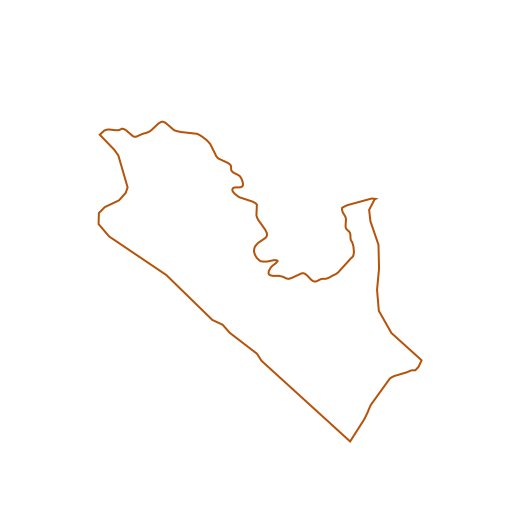 an SVG outline of Haifa, rotated 301°
{"feature_id": "ISR-3054", "entity_name": "Haifa", "entity_type": "District", "adm_level": 1, "iso_a3": "ISR", "parent_name": "Israel", "parent_adm1": "", "projection": "robinson", "projection_center": [35.08, 32.637], "detail": "fine", "context": "isolated", "style": "outline", "palette": "amber", "viewbox_px": 512, "rotation_deg": 301, "n_neighbors": 0, "source": "natural_earth", "source_scale": "10m", "svg_char_len": 2629}
<svg xmlns="http://www.w3.org/2000/svg" viewBox="0 0 512 512"><g transform="rotate(301 256 256)"><path d="M366.5,329.1L365.4,328.5L353.8,329.2L344.8,336.1L328.7,355.2L308.7,367.9L289.3,377.2L272.3,389.5L259.7,411.8L251.9,451.6L251.6,451.7L244.6,452.4L240.1,451.4L239.4,450.3L238.7,449.2L237.9,448.0L236.6,447.0L234.5,445.6L224.3,436.3L221.6,434.6L219.5,433.8L187.4,431.1L181.2,431.9L179.8,432.2L172.4,432.9L145.8,432.2L145.5,432.2L149.0,414.7L169.0,314.7L172.7,307.3L176.6,273.1L179.9,262.8L178.7,251.5L193.5,188.9L197.1,120.1L202.3,104.6L211.9,99.2L220.0,101.2L233.1,109.9L243.0,111.8L248.7,110.6L271.3,86.2L274.1,79.7L279.5,59.6L280.9,60.0L285.5,61.4L287.2,62.8L288.8,64.9L291.1,70.1L292.4,72.4L293.5,73.9L296.1,75.5L296.7,77.1L296.9,79.4L295.3,88.9L295.6,90.4L296.6,91.9L301.9,95.6L303.7,97.2L304.6,98.2L306.6,99.8L307.6,100.5L310.0,101.5L319.5,104.2L321.8,105.5L322.8,106.3L323.4,108.0L323.5,110.4L321.8,119.9L321.7,121.5L322.4,124.3L323.7,128.0L330.4,142.6L330.6,144.8L330.6,147.9L329.9,154.1L329.1,157.0L328.4,159.1L322.0,169.2L321.9,169.2L321.3,170.1L320.4,172.3L320.2,173.7L321.3,184.5L321.0,186.9L320.1,188.4L316.9,190.4L316.2,191.9L315.8,193.9L316.2,197.8L316.2,199.5L316.1,201.0L315.1,203.2L313.6,205.3L311.9,207.1L310.9,207.8L309.8,208.4L308.7,208.4L307.6,207.9L306.8,207.1L306.0,206.0L304.1,202.8L303.2,201.9L302.2,201.3L301.0,201.4L300.0,202.0L299.3,203.0L298.4,205.6L297.8,210.2L297.8,211.6L300.9,225.2L301.0,228.4L300.5,230.3L291.3,235.3L290.4,236.1L289.6,237.0L288.2,239.1L283.4,250.1L281.4,253.3L280.4,254.1L279.3,254.8L278.0,255.0L276.7,254.9L268.3,251.1L265.5,250.5L263.9,250.3L262.4,250.5L261.0,250.9L259.8,251.4L258.8,252.0L257.0,253.9L256.3,254.9L255.0,257.1L254.6,258.3L254.0,261.2L253.9,262.7L255.0,265.2L256.9,268.3L262.0,273.9L263.0,276.1L262.8,277.1L259.9,276.7L256.3,275.2L254.5,274.7L253.1,274.6L250.1,274.7L248.8,275.1L247.6,275.7L246.9,276.7L246.9,278.4L247.8,281.0L250.6,285.5L251.6,288.2L252.2,290.4L252.2,292.0L252.4,293.5L252.8,294.8L253.3,295.9L256.0,298.2L264.6,304.0L265.6,305.4L266.0,307.0L265.6,310.1L264.1,315.5L263.9,317.0L264.0,318.4L264.4,319.7L265.5,320.9L269.7,323.6L270.9,325.0L271.7,326.5L272.9,328.1L274.8,329.6L278.9,331.9L281.0,333.4L283.9,334.8L302.6,338.5L303.9,338.9L305.3,339.3L307.3,339.0L309.9,337.9L314.2,334.7L316.1,332.8L317.4,331.2L318.0,330.0L318.6,329.0L319.7,328.0L323.2,325.7L324.3,324.4L325.0,323.0L325.2,321.5L325.5,320.2L326.0,318.9L326.9,318.0L327.9,317.3L333.7,314.3L334.7,313.5L335.5,312.6L336.2,311.5L338.0,308.0L339.6,306.2L340.6,305.5L341.7,305.0L344.6,306.7L346.7,308.2L364.9,325.6L366.5,329.1Z" fill="none" stroke="#b45309" stroke-width="2"/></g></svg>